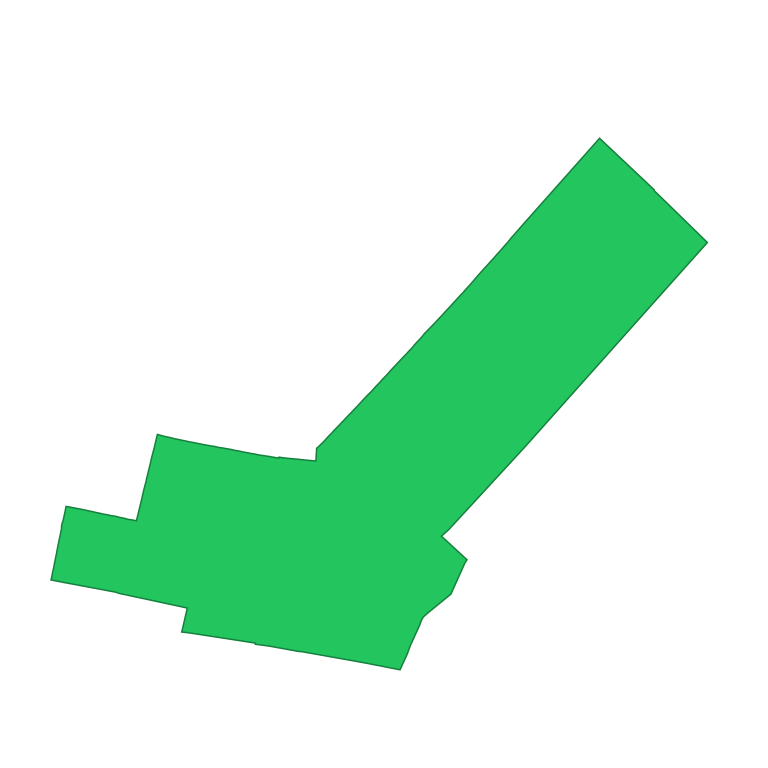 outline of Visina Noua, Olt, Romania, rotated 100°
{"feature_id": "2599482B97404660880396", "entity_name": "Visina Noua", "entity_type": "district", "adm_level": 2, "iso_a3": "ROU", "parent_name": "Romania", "parent_adm1": "Olt", "projection": "albers", "projection_center": [24.398, 43.872], "detail": "fine", "context": "isolated", "style": "filled", "palette": "green", "viewbox_px": 768, "rotation_deg": 100, "n_neighbors": 0, "source": "geoboundaries", "source_scale": "gbopen_adm2", "svg_char_len": 3638}
<svg xmlns="http://www.w3.org/2000/svg" viewBox="0 0 768 768"><g transform="rotate(100 384 384)"><path d="M634.8,677.9L634.9,672.8L635.0,666.6L635.1,664.8L635.1,661.3L635.1,660.1L635.3,641.2L635.6,612.0L636.2,608.6L636.8,592.7L638.8,538.8L663.4,540.1L663.0,534.4L661.5,465.7L662.7,465.5L662.6,464.6L662.1,452.7L662.2,422.5L662.2,420.8L661.9,419.3L662.0,355.3L662.6,323.0L662.7,318.6L645.9,314.2L636.9,312.6L615.7,307.1L610.2,306.1L606.4,304.7L600.6,300.0L579.3,281.6L546.1,273.2L542.7,271.7L523.9,301.0L516.1,294.9L421.2,234.1L257.9,133.1L188.5,90.1L156.5,137.0L154.5,140.0L148.4,149.0L146.7,151.5L145.7,151.8L145.1,152.8L142.5,156.7L104.6,214.4L136.3,233.9L201.8,274.2L205.1,276.2L212.0,280.4L214.4,281.8L217.7,283.9L220.3,285.3L223.5,287.1L226.5,289.0L227.0,289.3L230.9,291.6L236.0,294.8L241.3,298.0L245.5,300.7L248.4,302.5L250.9,304.1L253.2,305.6L255.5,307.0L258.7,309.0L261.8,310.9L263.3,311.8L266.3,313.5L268.3,314.7L272.2,317.1L274.4,318.5L277.4,320.4L279.5,321.6L281.2,322.7L282.6,323.7L284.8,325.1L287.5,326.8L289.2,327.9L291.7,329.5L294.6,331.3L298.1,333.6L302.0,336.1L304.9,337.9L309.6,341.0L314.2,344.0L317.5,346.2L320.7,348.4L322.6,349.7L324.3,350.8L325.5,351.6L327.0,352.7L328.1,353.4L329.7,354.1L331.3,355.1L332.6,355.9L334.9,357.4L336.7,358.6L338.5,359.8L339.2,360.2L340.2,360.8L340.4,361.0L341.1,361.3L341.8,361.6L342.7,362.2L343.7,362.8L344.8,363.4L346.3,364.5L347.5,365.4L348.4,365.9L349.9,366.8L351.5,367.9L353.2,369.1L355.4,370.5L357.3,371.8L359.0,372.9L360.5,373.9L361.6,374.6L361.8,374.7L363.5,375.8L365.8,377.4L367.4,378.4L369.4,379.7L371.1,380.8L373.1,381.9L375.2,383.3L377.8,385.0L379.1,386.0L381.8,387.6L384.6,389.4L386.3,390.6L389.2,392.5L391.5,393.9L393.0,394.8L395.0,396.2L396.8,397.5L398.2,398.5L400.1,399.7L402.3,401.2L405.0,402.9L407.0,404.2L410.6,406.5L413.4,408.4L417.2,410.9L420.0,412.8L422.7,414.6L423.5,415.2L426.2,416.9L428.5,418.5L431.1,420.2L432.7,421.2L435.4,423.1L437.2,424.3L439.0,425.5L440.7,426.5L445.0,429.5L449.8,432.5L452.6,434.4L455.6,436.6L457.1,437.6L459.0,439.2L461.8,438.8L465.9,438.4L467.7,438.2L469.7,437.9L471.7,437.9L472.2,444.2L472.7,450.4L472.9,454.0L473.3,458.5L474.0,467.5L474.2,471.8L474.3,474.7L475.2,474.6L475.3,476.5L475.3,480.2L475.3,482.1L475.3,485.0L475.4,486.9L475.4,487.2L475.4,489.7L475.5,491.4L475.6,495.8L475.4,499.5L475.5,502.9L475.4,505.6L475.4,510.4L475.2,515.4L475.2,520.4L475.0,523.8L475.0,530.1L475.1,534.8L475.2,536.3L475.2,537.4L475.0,538.3L474.9,540.3L475.0,542.7L475.0,544.4L475.0,545.0L475.0,546.3L475.0,548.5L475.0,551.1L474.9,554.0L474.9,556.0L474.8,558.1L474.8,560.2L474.7,563.3L474.8,565.2L474.6,567.8L474.6,569.5L474.5,571.6L474.4,575.5L474.3,577.4L474.3,580.4L474.1,582.5L473.9,585.3L473.8,587.6L473.7,590.9L473.5,593.0L473.3,595.5L473.0,598.4L478.9,598.8L483.1,599.0L487.9,599.3L491.2,599.6L495.0,599.9L497.7,600.1L501.9,600.3L508.5,600.7L512.8,601.0L519.1,601.4L520.8,601.4L530.3,602.2L536.6,602.5L540.5,602.7L554.5,603.6L561.7,604.1L561.6,608.5L561.7,611.7L561.8,613.0L561.5,614.5L561.4,615.5L561.3,618.6L561.3,621.2L561.0,623.8L560.9,625.3L560.8,626.2L561.0,627.2L561.0,629.4L561.0,630.7L560.8,633.7L560.8,636.7L560.8,639.1L560.6,641.4L560.6,644.3L560.4,647.5L560.3,649.8L560.2,652.1L560.1,655.7L559.9,659.7L559.9,666.1L559.8,669.0L559.8,670.7L559.7,672.5L559.8,675.0L559.8,675.9L561.9,675.9L566.8,676.0L571.2,676.2L575.1,676.4L576.1,676.7L578.8,676.9L580.5,676.9L581.3,676.6L582.2,676.5L587.3,676.6L592.0,676.8L596.2,676.9L599.1,677.0L603.5,677.1L607.5,677.1L611.0,677.2L614.9,677.3L618.3,677.4L620.1,677.4L622.4,677.4L625.3,677.6L628.5,677.7L631.0,677.7L633.0,677.8L634.8,677.9Z" fill="#22c55e" stroke="#15803d" stroke-width="1.5"/></g></svg>